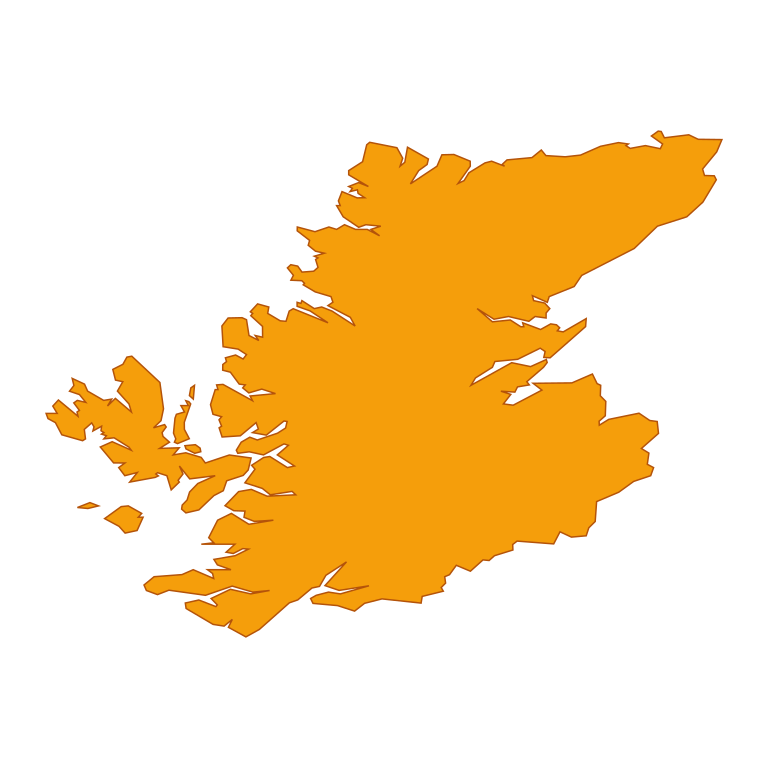 the border of Highland
{"feature_id": "GBR-2745", "entity_name": "Highland", "entity_type": "Unitary District", "adm_level": 1, "iso_a3": "GBR", "parent_name": "United Kingdom", "parent_adm1": "", "projection": "natural_earth1", "projection_center": [-5.279, 57.587], "detail": "fine", "context": "isolated", "style": "filled", "palette": "amber", "viewbox_px": 768, "rotation_deg": 0, "n_neighbors": 0, "source": "natural_earth", "source_scale": "10m", "svg_char_len": 6107}
<svg xmlns="http://www.w3.org/2000/svg" viewBox="0 0 768 768"><path d="M313.0,603.4L310.6,598.5L316.2,595.3L328.5,592.1L340.4,593.9L369.0,585.8L339.1,590.4L325.0,585.6L346.5,561.9L325.9,575.3L319.5,586.4L312.0,588.0L297.8,599.9L289.4,602.8L259.4,629.4L245.9,636.9L228.4,627.3L232.3,619.4L224.1,626.1L213.1,624.4L186.1,608.5L185.3,603.0L198.8,600.0L215.9,606.6L217.3,604.9L211.1,598.5L230.4,589.3L250.8,593.9L269.6,590.5L252.8,592.1L232.2,586.1L205.5,595.3L168.9,590.2L157.5,594.6L146.4,590.5L144.0,585.0L154.1,576.7L182.0,574.6L193.2,569.7L213.7,578.5L212.6,573.5L207.5,569.7L231.0,569.7L217.4,564.9L213.9,559.4L235.2,555.7L248.5,549.1L242.8,548.6L233.3,553.5L226.1,552.2L234.9,544.2L201.3,544.2L213.8,542.8L208.7,537.7L217.6,520.2L231.4,513.4L248.9,524.3L273.4,520.2L254.3,521.4L244.0,517.3L245.0,511.1L233.8,510.7L225.0,505.7L238.6,491.6L251.3,489.4L267.1,496.2L295.7,494.8L292.1,491.4L270.3,494.8L262.3,488.4L244.9,482.8L255.0,469.2L251.6,465.3L263.6,457.5L269.8,456.5L287.4,467.6L294.5,466.0L277.3,454.9L288.4,445.3L284.0,443.9L263.5,454.9L249.3,451.8L237.8,453.3L236.3,450.2L241.2,442.2L249.8,437.2L257.3,440.0L277.5,433.2L285.6,428.0L287.1,421.5L284.0,421.0L266.3,435.1L252.5,432.6L258.4,429.0L256.1,422.6L240.3,435.8L222.1,437.0L219.1,427.8L221.6,426.2L219.0,419.8L221.6,416.7L213.0,414.3L210.5,404.7L215.2,389.6L218.0,389.6L216.6,384.9L223.0,384.4L252.5,400.7L250.1,396.0L275.5,393.6L261.8,389.1L248.8,392.9L242.7,387.9L245.2,384.9L239.2,384.1L230.4,372.2L222.7,370.2L222.8,364.5L226.5,361.6L225.4,357.8L235.6,355.0L243.1,359.0L246.5,354.6L238.1,349.1L223.1,346.7L221.9,326.0L228.1,318.0L242.1,317.7L246.5,319.7L249.0,335.5L258.8,340.5L255.2,335.5L262.6,337.2L262.5,326.4L250.8,315.7L252.7,313.4L250.3,311.8L257.6,303.9L268.8,307.0L267.7,313.4L280.2,320.8L286.0,321.3L289.2,311.1L293.2,308.7L328.0,322.8L310.1,310.9L297.1,306.3L297.1,302.3L300.9,303.4L301.9,300.6L314.3,308.6L321.7,307.0L332.1,311.1L355.1,326.0L350.3,317.3L327.9,305.6L332.9,302.2L331.0,296.6L315.2,291.9L303.2,284.8L304.5,283.3L301.8,280.7L290.9,280.2L293.4,275.3L287.4,267.9L290.8,264.7L297.7,266.1L302.0,272.1L313.7,271.2L318.0,267.4L315.6,259.5L318.0,257.9L314.3,256.2L324.3,253.2L315.5,251.2L308.2,245.3L309.6,240.4L297.2,230.8L297.3,227.0L315.0,231.7L328.9,227.0L336.6,229.4L344.5,224.7L355.5,229.4L367.2,229.4L379.6,235.8L370.9,229.4L380.8,226.2L365.9,224.7L358.7,227.3L343.2,216.8L336.6,205.6L340.2,205.6L338.4,200.9L342.0,191.6L357.2,197.9L364.7,197.7L358.1,193.4L357.4,189.8L350.0,191.6L352.4,188.3L348.7,186.5L358.6,182.6L368.4,186.5L348.7,174.8L348.7,170.6L362.6,161.7L366.7,144.8L369.7,142.3L396.9,147.7L402.7,158.2L400.1,166.2L404.8,162.3L407.5,147.2L428.4,159.0L427.1,164.5L418.7,170.6L410.4,183.9L437.0,166.2L441.9,154.8L453.9,154.5L470.2,161.2L470.3,166.2L458.0,183.5L464.1,180.6L468.9,172.8L485.0,162.9L491.6,161.2L504.6,166.2L502.1,164.5L507.0,159.9L532.0,157.6L541.3,150.0L545.9,155.6L565.2,156.8L580.5,155.1L600.5,146.3L618.5,142.6L628.3,144.0L625.9,145.6L630.2,148.4L645.4,145.6L660.3,148.7L662.6,144.0L651.4,136.0L658.2,131.1L661.2,131.5L664.4,137.8L688.8,134.8L698.2,139.3L721.9,139.6L716.7,151.9L702.6,169.0L704.5,175.5L714.3,175.8L716.3,179.8L702.9,202.1L686.8,216.8L657.4,226.2L634.2,248.5L581.7,275.4L574.2,286.5L549.2,296.6L547.3,302.3L532.4,295.7L533.6,300.6L544.7,303.1L549.8,308.6L546.1,313.0L546.1,318.0L535.1,316.5L528.9,321.3L508.5,316.5L494.0,319.2L477.1,308.6L492.4,321.8L510.3,320.0L520.9,326.8L523.8,326.7L522.7,322.8L540.6,329.5L550.7,323.9L556.5,324.8L559.7,327.8L557.3,330.8L563.2,331.9L586.2,318.6L585.6,326.6L550.1,357.8L543.8,357.4L545.1,351.5L540.2,348.2L517.7,359.3L494.9,361.5L492.4,367.3L475.5,377.9L471.0,385.3L511.7,362.7L530.6,366.6L546.3,359.5L547.2,362.5L543.5,367.3L526.8,381.7L529.3,384.9L517.5,386.9L514.9,392.1L500.9,391.2L510.8,394.4L503.4,403.9L513.2,405.2L541.9,390.1L533.1,383.3L571.9,382.9L592.4,374.0L597.1,383.6L600.7,385.3L600.3,395.8L605.8,401.4L605.3,415.8L599.1,421.2L599.3,425.2L608.7,419.4L639.0,413.2L649.8,420.5L657.2,421.5L658.5,433.4L641.4,448.5L648.9,453.1L647.3,464.3L653.6,467.6L650.7,475.7L633.7,481.4L618.8,492.2L596.6,501.6L595.2,521.5L588.8,527.8L586.2,535.8L571.4,537.1L560.0,531.8L553.7,543.9L517.1,541.1L512.7,544.5L512.9,550.0L494.5,555.7L489.1,560.5L483.0,559.9L470.4,571.2L456.3,565.3L449.5,574.7L444.7,576.7L445.6,583.1L441.2,587.5L443.3,591.2L422.2,596.4L421.1,603.1L382.0,598.9L364.6,603.3L354.6,611.1L337.6,605.6L313.0,603.4ZM85.5,438.9L82.6,440.7L61.8,434.8L55.4,422.6L48.0,418.6L46.1,413.4L57.2,413.4L52.8,406.1L58.4,400.0L78.0,416.3L77.0,412.0L79.4,410.4L73.8,402.9L77.3,400.4L85.8,402.4L79.5,394.6L69.5,391.2L73.9,385.5L72.2,378.4L84.5,384.1L87.6,391.1L103.7,400.4L111.7,399.1L107.5,406.0L115.4,398.4L131.4,412.0L129.0,404.0L117.4,391.1L122.8,381.7L115.5,380.1L112.8,369.4L122.9,364.3L126.9,357.1L131.8,356.2L159.9,382.5L163.5,408.8L161.0,420.7L153.5,427.8L164.6,424.6L166.2,427.0L162.1,432.6L163.0,436.4L169.5,442.2L159.6,448.4L179.2,447.8L173.2,454.9L185.8,452.8L201.2,457.4L205.3,463.0L229.3,455.0L251.1,458.0L248.2,470.0L243.2,475.4L226.7,480.8L223.3,490.7L213.9,495.6L198.9,509.9L185.9,512.9L181.6,509.1L182.2,505.1L187.1,500.0L189.6,492.0L197.8,483.5L215.2,475.7L189.7,478.9L179.4,466.0L183.0,474.0L178.1,480.3L179.3,482.1L171.2,489.9L166.9,475.7L157.6,472.7L155.8,474.0L158.4,475.9L155.2,477.4L129.7,482.1L137.3,472.5L124.8,475.7L118.7,467.6L124.9,463.0L113.6,462.9L100.3,447.0L112.2,441.7L131.2,450.2L128.9,447.1L114.1,437.8L103.8,438.9L106.4,435.7L101.5,434.1L103.9,432.6L101.0,430.7L101.6,426.2L92.9,431.0L94.0,426.8L91.7,422.9L84.3,429.4L85.5,438.9ZM128.3,505.9L141.7,513.4L138.3,517.2L143.1,517.2L137.1,530.5L125.1,533.1L119.0,526.3L104.6,518.6L121.2,506.6L128.3,505.9ZM175.8,438.9L173.5,433.1L175.0,418.1L176.4,414.3L184.5,412.0L180.9,405.6L188.3,405.6L185.8,400.7L188.8,401.6L190.7,403.9L184.3,422.3L184.4,429.4L189.3,438.7L177.5,443.6L174.4,442.2L175.8,438.9ZM194.8,453.3L186.0,448.9L184.9,445.7L195.4,444.7L200.1,448.1L200.8,451.7L194.8,453.3ZM77.4,507.5L89.9,502.6L98.5,505.9L87.9,508.5L77.4,507.5ZM193.3,399.1L189.4,395.6L190.8,387.9L194.5,385.3L193.3,399.1Z" fill="#f59e0b" stroke="#b45309" stroke-width="1.5"/></svg>